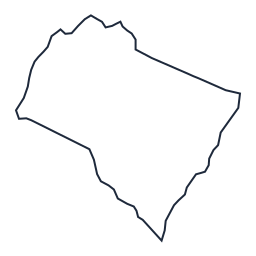 the district of Olho d'Água Grande, Alagoas, Brazil
{"feature_id": "56859067B53740067981783", "entity_name": "Olho d'Água Grande", "entity_type": "district", "adm_level": 2, "iso_a3": "BRA", "parent_name": "Brazil", "parent_adm1": "Alagoas", "projection": "equal_earth", "projection_center": [-36.798, -10.063], "detail": "fine", "context": "isolated", "style": "outline", "palette": "slate", "viewbox_px": 256, "rotation_deg": 0, "n_neighbors": 0, "source": "geoboundaries", "source_scale": "gbopen_adm2", "svg_char_len": 860}
<svg xmlns="http://www.w3.org/2000/svg" viewBox="0 0 256 256"><path d="M60.5,29.4L57.1,32.1L51.6,36.1L47.7,46.9L43.5,51.7L38.5,56.8L34.6,61.6L31.2,69.8L29.2,78.0L27.8,86.6L23.8,98.0L16.0,110.3L19.0,118.8L26.3,118.3L31.2,120.2L89.4,149.2L93.9,159.7L97.1,174.1L100.9,181.3L108.6,185.4L113.9,189.5L117.8,198.5L127.2,203.8L133.8,206.5L136.5,210.8L138.1,217.0L142.7,219.8L161.6,240.6L164.7,230.4L165.7,220.8L174.0,205.2L178.6,200.3L184.9,194.5L186.8,187.5L196.0,174.3L201.1,172.9L205.0,171.7L208.7,165.2L209.2,158.6L213.5,150.0L218.1,145.1L220.7,132.5L238.3,107.9L240.0,93.5L225.7,90.2L197.9,78.0L193.4,76.2L188.3,73.9L151.9,58.1L135.6,49.5L135.6,39.6L131.7,33.5L127.2,30.5L122.6,26.5L120.4,21.7L116.1,23.8L112.1,25.9L105.6,27.4L102.0,21.8L96.8,18.9L90.9,15.4L84.8,19.2L78.1,25.9L71.6,33.2L65.3,33.8L60.5,29.4Z" fill="none" stroke="#1e293b" stroke-width="2"/></svg>